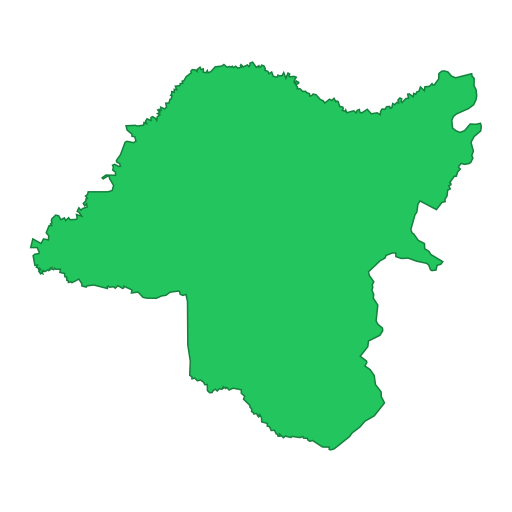 Ratsada, Trang, Thailand (orthographic projection)
{"feature_id": "78962969B5329491691086", "entity_name": "Ratsada", "entity_type": "district", "adm_level": 2, "iso_a3": "THA", "parent_name": "Thailand", "parent_adm1": "Trang", "projection": "orthographic", "projection_center": [99.655, 7.929], "detail": "fine", "context": "isolated", "style": "filled", "palette": "green", "viewbox_px": 512, "rotation_deg": 0, "n_neighbors": 0, "source": "geoboundaries", "source_scale": "gbopen_adm2", "svg_char_len": 5919}
<svg xmlns="http://www.w3.org/2000/svg" viewBox="0 0 512 512"><path d="M34.9,265.4L37.5,265.1L36.4,267.3L37.9,267.7L38.7,269.6L39.7,268.3L40.7,269.5L38.8,271.3L40.6,273.8L41.2,273.2L42.8,273.8L42.1,271.5L43.2,270.6L43.3,271.4L45.2,271.5L48.1,269.6L48.6,270.6L49.8,270.2L50.3,268.1L51.1,268.8L51.9,267.9L51.9,269.0L53.7,269.7L54.7,268.2L55.8,269.3L60.4,269.1L59.9,272.4L64.5,273.5L64.9,276.8L66.6,277.0L66.8,280.3L68.1,280.7L68.4,282.5L71.1,281.8L71.9,282.7L78.9,279.1L81.9,283.8L81.9,286.0L86.2,287.1L86.9,285.9L93.7,285.0L107.4,288.5L107.2,286.6L108.3,286.1L109.2,287.2L113.7,286.8L115.2,288.2L118.0,285.7L122.7,288.5L123.9,287.7L123.9,286.2L131.9,289.9L131.4,293.0L138.1,292.1L142.9,297.3L146.3,298.1L156.3,298.3L161.4,296.0L166.1,295.2L170.0,292.2L178.2,291.1L179.6,291.5L180.2,294.3L182.9,295.4L186.0,294.5L187.5,301.6L187.8,345.0L190.3,361.1L189.7,375.3L191.8,376.7L192.0,378.9L194.7,378.1L197.4,380.8L200.5,380.0L203.5,382.2L204.9,384.8L207.3,384.4L207.4,390.6L209.8,392.8L212.2,392.5L213.1,390.6L215.3,389.2L217.2,391.0L219.5,388.7L222.0,389.3L223.1,387.0L223.6,388.1L224.8,387.4L225.6,388.5L226.8,387.5L229.1,390.0L233.2,388.2L241.3,389.8L241.3,393.3L244.7,396.2L243.5,399.2L250.1,405.6L249.9,407.1L251.7,408.9L251.5,411.5L253.3,412.5L253.6,413.9L256.7,413.6L257.7,415.9L259.4,414.7L259.0,416.7L260.5,415.8L261.5,417.8L261.7,421.9L267.3,423.4L267.2,426.1L269.5,426.7L271.2,430.5L274.5,430.3L276.2,433.9L277.7,434.2L277.9,436.1L279.9,436.2L279.7,434.2L283.4,437.7L285.4,436.1L291.0,437.5L292.1,436.4L300.1,437.6L302.8,436.5L303.5,438.1L307.4,438.4L307.8,439.9L309.8,441.3L312.5,440.5L322.5,447.0L329.2,447.1L329.2,449.4L330.4,449.9L334.1,448.9L349.5,436.6L352.3,432.8L359.8,427.1L365.1,421.1L374.3,415.8L384.5,402.9L381.3,396.6L381.1,391.9L375.5,384.6L374.2,375.5L370.2,369.7L364.9,365.9L366.8,362.6L366.6,361.1L360.2,356.3L367.8,346.7L368.5,341.0L379.9,335.3L382.7,330.8L382.5,328.1L378.1,324.5L376.1,321.0L377.8,305.1L373.3,298.1L373.7,294.2L371.9,290.2L372.8,287.2L372.2,285.0L373.8,281.8L369.3,275.4L368.5,271.8L380.2,260.7L385.0,258.1L386.1,255.4L392.3,253.0L395.7,253.0L395.9,256.6L401.3,258.5L408.1,258.1L416.3,261.1L426.5,263.3L428.7,264.9L430.5,269.8L431.9,270.6L436.0,270.1L437.1,265.3L440.8,264.3L442.8,261.7L430.9,254.5L428.8,251.2L424.7,248.8L424.5,243.6L418.2,240.3L413.7,233.9L412.2,233.1L410.8,229.6L415.0,214.7L416.8,212.2L417.9,204.5L419.9,200.9L436.4,209.6L442.0,202.3L445.2,201.6L444.9,199.3L447.0,196.1L447.7,190.2L450.3,188.9L448.7,185.8L450.9,184.8L450.8,183.3L449.7,182.7L454.3,176.3L456.4,176.2L457.5,172.2L460.3,169.0L458.5,167.3L459.0,166.0L461.2,163.4L464.5,164.4L469.2,163.5L470.8,162.3L472.9,158.1L471.8,155.5L473.4,151.2L471.0,142.3L474.1,136.6L480.7,130.9L481.3,126.5L480.5,123.3L475.9,124.3L470.2,124.0L464.6,130.6L460.1,132.4L456.1,130.8L452.6,128.1L451.8,120.3L453.4,116.5L456.6,113.9L468.5,108.6L473.7,104.7L476.0,99.7L476.7,95.9L476.1,89.8L474.0,85.7L474.2,78.5L472.0,76.0L471.7,73.7L455.6,77.8L451.5,76.1L448.0,72.0L444.2,70.9L441.7,71.2L438.9,73.5L438.7,78.9L434.3,84.9L432.9,85.0L432.0,83.6L429.5,86.3L424.9,86.8L424.4,90.7L420.4,86.9L419.0,91.2L416.9,91.9L415.7,94.2L413.7,93.4L413.1,96.8L409.3,93.9L407.7,94.1L408.5,98.3L405.9,98.5L402.1,102.6L401.2,102.0L401.7,98.8L399.9,97.9L398.0,100.0L398.6,102.9L397.0,102.4L394.5,104.6L392.7,103.5L391.9,107.4L390.8,108.3L390.0,108.1L389.8,106.5L386.8,106.6L384.8,109.4L382.2,108.9L380.6,111.3L380.3,114.7L377.2,112.8L371.3,113.8L367.2,109.3L361.8,112.9L360.0,112.5L359.3,109.5L357.2,110.3L356.2,112.8L353.7,110.8L346.7,112.7L345.7,109.9L345.0,111.2L342.4,110.4L343.3,108.5L342.7,107.0L339.7,106.4L338.2,101.7L337.0,101.0L335.9,101.8L334.0,98.3L331.8,100.5L329.6,99.2L324.8,103.0L323.2,100.7L320.4,99.6L316.0,94.7L313.1,94.0L312.0,95.4L309.9,96.1L309.4,93.6L306.6,92.7L305.6,91.3L302.6,91.4L300.1,88.8L297.2,88.8L297.6,87.3L295.9,85.0L298.7,83.1L298.7,82.3L296.1,80.9L295.2,83.7L294.3,82.9L294.3,80.3L296.3,77.2L294.0,76.4L289.9,76.8L289.0,76.0L289.7,74.1L288.0,73.0L285.9,78.2L283.7,72.6L282.1,75.7L279.4,75.9L278.0,75.1L277.5,76.7L276.1,77.1L273.2,76.2L271.7,72.0L268.9,73.7L267.9,71.4L264.9,70.2L265.3,68.6L264.0,66.0L261.7,65.1L260.7,66.9L259.1,67.3L258.9,65.7L256.3,67.3L252.6,62.1L250.0,63.1L250.0,65.1L248.9,66.6L247.5,64.9L243.4,66.9L241.0,64.6L240.4,65.6L241.6,67.0L237.9,68.1L235.7,66.2L233.5,67.6L232.2,66.2L231.3,67.1L229.5,66.5L227.0,67.2L223.9,64.5L221.7,66.1L215.3,66.8L210.7,71.7L208.1,72.8L207.3,70.5L206.0,72.7L203.4,72.2L203.3,68.9L201.2,69.6L200.0,67.2L196.9,69.8L197.2,71.4L195.0,69.9L192.3,69.6L190.9,71.1L191.3,72.8L186.3,76.5L183.8,80.8L182.2,81.1L182.7,83.3L180.2,83.6L180.0,85.6L175.3,86.2L176.7,89.7L174.2,89.3L174.2,92.2L171.7,91.6L171.8,93.6L170.7,95.4L172.0,95.7L171.2,98.9L169.9,99.4L169.0,103.0L165.7,103.2L166.5,107.1L164.7,108.9L160.7,107.2L161.1,110.5L160.0,110.8L159.1,109.3L157.7,110.0L159.8,112.4L157.5,113.6L159.9,114.8L157.2,116.8L156.7,120.4L155.6,118.5L152.6,116.6L151.0,117.5L150.9,120.6L147.0,118.8L145.5,121.3L146.5,123.6L144.0,122.5L143.6,125.1L137.3,126.1L135.0,125.3L126.0,125.8L127.1,130.1L131.9,134.1L132.0,136.3L134.8,136.8L135.9,141.1L133.7,142.7L126.9,141.3L125.1,142.3L120.5,154.6L116.4,160.5L116.7,162.0L119.7,163.6L120.4,166.3L118.7,166.4L114.7,164.3L112.5,165.2L113.4,167.3L112.7,170.1L115.5,172.2L115.5,175.3L106.0,175.0L102.1,177.8L103.1,178.9L108.0,176.0L109.2,176.3L109.6,178.7L113.6,185.4L112.1,190.6L107.8,191.8L88.2,191.8L87.5,194.5L85.5,196.1L87.4,198.3L85.9,199.0L85.9,200.8L83.3,203.4L84.7,205.8L86.6,203.8L87.1,207.0L82.7,208.5L80.8,210.2L78.9,207.8L77.2,211.3L79.2,212.5L81.8,216.2L76.5,214.5L77.2,218.2L76.3,219.4L70.1,219.7L68.6,217.7L65.7,220.6L64.4,217.9L60.8,219.7L58.7,215.8L55.7,215.1L51.9,218.8L51.3,220.8L52.1,222.5L50.4,224.0L51.7,225.4L49.0,225.8L46.2,232.8L48.7,235.8L48.4,239.9L43.5,238.9L41.1,243.5L32.8,238.9L30.7,247.6L37.2,247.6L39.3,252.5L38.7,253.6L34.8,254.2L33.1,255.7L34.9,265.4Z" fill="#22c55e" stroke="#15803d" stroke-width="1.5"/></svg>